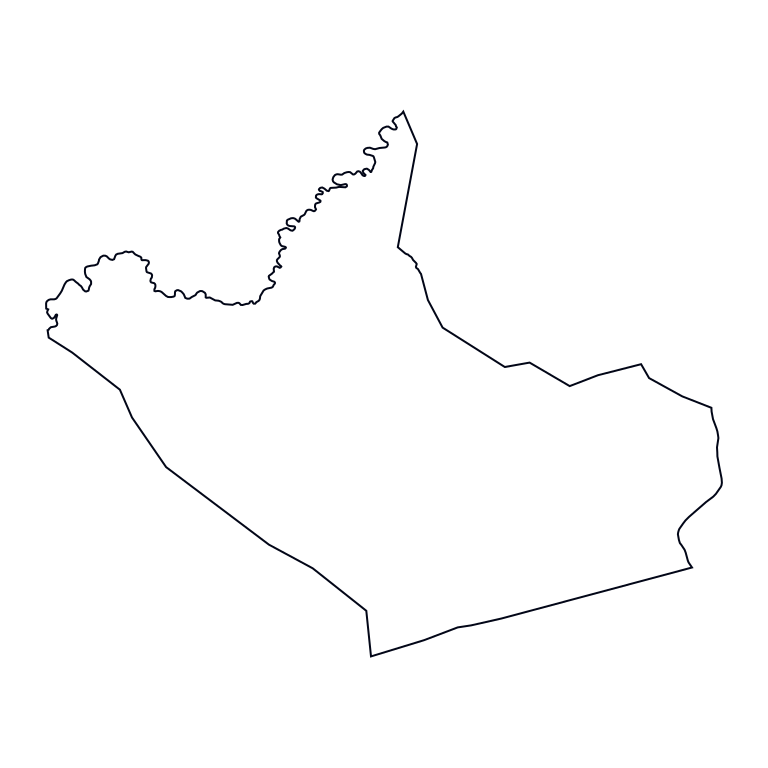 Orxon, Selenge, Mongolia
{"feature_id": "93677404B79520329035093", "entity_name": "Orxon", "entity_type": "district", "adm_level": 2, "iso_a3": "MNG", "parent_name": "Mongolia", "parent_adm1": "Selenge", "projection": "robinson", "projection_center": [105.368, 49.049], "detail": "fine", "context": "isolated", "style": "outline", "palette": "ink", "viewbox_px": 768, "rotation_deg": 0, "n_neighbors": 0, "source": "geoboundaries", "source_scale": "gbopen_adm2", "svg_char_len": 6051}
<svg xmlns="http://www.w3.org/2000/svg" viewBox="0 0 768 768"><path d="M46.2,308.6L48.2,309.4L47.4,311.0L47.1,312.4L47.6,313.6L50.8,318.0L51.7,318.6L52.3,318.7L53.8,318.0L54.8,316.7L55.8,314.8L56.7,314.5L57.0,314.7L57.2,315.1L56.2,318.5L56.1,319.7L56.4,321.0L56.9,322.3L57.3,323.6L57.0,325.0L56.2,325.9L55.0,326.5L50.9,327.2L49.1,328.8L48.6,329.8L47.6,330.2L48.7,337.6L72.1,352.5L119.9,389.7L132.0,417.5L166.1,467.1L269.0,544.7L312.7,568.3L366.3,610.8L371.0,656.4L424.0,640.2L457.7,627.4L471.0,625.4L501.5,618.5L692.0,567.5L688.6,562.5L687.8,560.5L685.7,552.7L684.6,549.8L681.2,544.7L679.9,543.1L678.9,539.9L677.9,534.2L678.2,532.3L678.8,530.2L679.4,528.8L683.2,523.4L685.5,520.4L689.2,516.7L706.1,502.0L713.3,496.6L715.9,493.9L720.8,486.9L721.5,485.3L721.9,482.8L721.6,478.6L719.4,467.5L717.4,456.4L717.3,452.4L717.0,447.4L718.4,438.1L718.1,435.7L717.4,431.5L716.4,428.2L713.0,419.1L711.6,411.6L711.4,407.8L682.3,396.4L649.1,378.1L641.1,364.2L598.0,375.2L569.7,386.1L529.6,362.6L504.8,367.0L442.6,327.6L427.9,300.0L421.0,273.9L420.2,272.9L418.0,269.1L416.3,267.9L415.9,266.9L416.7,264.0L416.0,262.9L413.1,260.0L411.9,257.8L411.0,256.8L409.6,256.0L407.8,254.4L406.7,254.2L405.3,253.5L397.8,247.2L417.1,144.0L403.3,111.6L401.9,113.5L398.3,116.4L397.3,117.0L395.5,117.5L394.4,118.1L392.7,120.8L392.6,121.2L392.9,121.7L395.8,125.2L396.0,126.4L396.8,127.4L396.3,128.9L395.7,129.4L393.9,129.5L392.7,129.2L391.4,128.6L388.5,126.6L386.5,126.6L383.2,127.9L381.6,129.3L379.7,131.8L379.1,132.8L379.2,133.9L380.3,135.4L381.7,138.9L384.3,141.1L385.7,141.9L387.3,142.5L387.9,144.6L387.5,145.7L386.8,146.7L385.8,147.3L384.8,147.5L379.5,148.0L375.1,149.2L373.2,148.9L369.9,147.7L367.4,147.9L365.7,148.5L364.3,149.7L363.9,150.7L364.0,152.0L364.4,153.0L365.5,153.9L367.0,154.6L369.6,154.9L372.7,155.9L373.4,156.3L373.9,157.3L375.3,162.0L375.0,163.3L373.4,166.6L373.1,168.3L371.9,170.1L371.3,171.8L371.0,172.0L370.6,172.0L369.1,170.1L367.2,168.8L366.5,168.7L364.3,169.2L362.8,170.8L362.8,171.4L363.5,173.0L365.5,175.0L365.3,175.5L364.8,176.0L364.1,176.0L362.6,175.3L360.6,172.4L359.7,171.6L358.4,171.2L357.2,171.5L355.3,173.7L353.9,174.5L352.9,174.4L350.2,172.2L348.8,172.0L347.0,172.2L344.4,173.0L342.1,174.6L340.9,174.7L337.7,174.2L336.3,174.4L334.9,175.1L333.4,177.0L332.9,178.4L332.6,179.7L333.0,181.2L333.8,182.3L337.0,184.3L340.8,185.1L345.2,184.1L346.1,184.2L346.7,184.6L347.0,185.8L346.8,186.4L345.4,187.3L339.0,186.9L336.2,187.6L330.8,187.9L330.2,188.2L329.8,188.8L329.0,190.8L328.5,191.1L326.8,190.7L324.5,188.7L322.3,187.5L320.9,187.7L320.1,188.0L319.2,188.9L318.9,189.4L319.1,190.1L319.8,190.9L320.8,191.1L322.7,192.0L322.8,193.1L322.2,194.1L321.7,194.3L318.9,194.1L317.6,194.4L316.6,194.9L316.0,195.8L315.9,197.6L316.6,198.3L320.1,200.4L320.5,200.8L320.5,201.3L320.3,201.9L319.2,202.5L316.2,203.4L315.5,204.0L315.1,204.9L315.0,206.9L315.1,207.6L315.6,208.3L316.0,209.4L315.3,210.4L314.8,210.9L314.0,211.2L313.4,211.1L310.8,209.9L309.4,209.7L308.1,209.8L307.2,210.2L306.3,211.0L304.7,214.3L304.1,214.9L300.8,216.7L299.6,219.1L299.5,221.0L299.3,221.5L299.0,221.6L298.5,221.7L295.2,218.8L293.7,218.2L292.6,218.1L291.0,218.3L287.6,219.8L286.9,220.6L286.7,223.5L287.3,224.7L288.2,225.5L289.7,226.0L294.3,226.4L294.9,226.8L295.1,227.3L295.0,228.1L294.4,229.2L293.0,230.4L292.5,230.7L291.1,230.5L290.2,230.1L288.1,228.6L286.3,228.0L283.7,228.7L282.3,229.6L280.9,229.9L279.3,230.7L278.5,231.5L278.0,232.2L278.0,233.0L279.1,234.8L279.5,236.2L280.3,237.4L279.1,239.2L279.1,241.1L279.4,242.6L280.6,244.9L281.4,245.8L282.3,246.2L285.0,246.8L285.7,247.2L285.9,247.6L285.6,248.2L285.0,248.7L282.4,249.1L281.1,249.9L280.1,251.0L279.2,252.4L279.0,253.4L279.8,255.4L279.9,256.4L279.6,257.1L277.4,259.3L276.9,260.1L276.9,261.1L277.5,262.6L280.1,265.5L281.0,266.1L281.3,266.6L280.5,267.5L279.7,267.8L276.9,266.4L276.2,266.4L275.3,266.5L274.2,267.3L273.7,268.8L274.0,271.7L272.7,272.8L272.3,273.4L269.0,275.8L268.7,276.6L269.2,278.7L269.6,279.5L271.9,281.0L274.2,281.7L274.9,282.4L275.0,283.1L274.7,283.8L273.7,284.9L272.9,286.7L272.2,287.2L271.7,287.6L267.2,288.5L265.2,289.4L263.6,290.5L260.3,296.0L260.1,296.9L260.0,298.2L259.6,299.7L258.6,300.9L256.3,302.2L255.6,303.2L255.1,303.7L253.7,303.7L253.0,302.9L252.3,301.3L251.5,301.2L250.2,301.5L249.8,302.1L249.6,302.8L249.1,303.3L248.0,303.8L246.3,303.9L242.6,305.0L240.8,304.9L239.4,303.2L238.3,302.8L236.9,302.9L232.7,304.8L225.0,304.2L223.9,303.9L222.6,303.2L221.5,302.0L220.4,301.4L218.5,300.7L215.2,300.4L209.8,297.5L206.3,297.8L205.7,297.4L205.7,294.3L204.9,292.8L202.4,291.2L201.0,291.0L199.9,291.1L197.2,292.6L196.3,293.7L195.9,294.6L195.3,295.2L191.6,297.1L189.9,298.4L189.1,298.7L187.3,298.7L185.3,297.9L183.8,294.3L182.2,292.4L181.0,291.3L178.1,290.1L177.0,290.2L175.4,291.1L175.0,292.0L174.9,294.9L174.6,296.0L173.7,296.6L171.0,297.1L168.0,297.0L166.0,295.9L161.5,291.9L159.9,291.2L158.0,290.9L155.3,291.3L154.4,290.9L154.4,289.2L155.1,287.9L155.4,286.6L155.4,285.0L155.0,284.0L154.2,283.2L151.2,282.4L150.7,281.8L150.4,280.9L150.9,278.6L151.8,277.6L152.1,275.2L151.8,274.4L151.0,273.5L147.3,272.3L146.8,272.0L146.5,271.3L146.0,267.9L146.2,267.0L148.7,263.7L148.9,262.3L148.6,261.4L147.9,260.7L146.4,260.3L145.4,260.1L142.1,260.2L141.7,260.0L141.4,259.3L141.3,257.7L140.7,257.0L139.7,256.4L138.7,256.1L135.4,254.5L134.5,253.7L132.7,251.8L131.6,251.6L128.7,252.3L126.1,251.5L124.7,251.8L122.5,253.1L117.7,253.8L116.1,254.6L115.4,255.7L114.1,259.2L112.4,259.9L110.2,259.4L109.0,258.6L106.7,256.3L105.2,255.7L103.2,255.7L100.6,257.1L99.8,258.3L99.0,259.7L98.9,260.8L97.9,263.5L97.3,264.3L94.7,265.3L91.1,265.7L87.3,266.5L86.1,267.1L85.3,267.8L85.0,269.1L84.9,271.7L85.2,273.9L86.4,277.0L89.5,279.2L90.7,280.6L91.1,281.7L91.1,284.0L89.5,286.6L89.0,288.2L88.8,289.6L88.4,290.7L86.2,291.5L85.1,291.3L83.1,289.6L82.0,287.5L81.0,286.1L79.3,284.9L78.1,283.6L75.7,281.8L74.0,280.2L72.8,279.5L71.3,279.5L69.0,280.2L66.9,281.2L65.9,282.3L64.5,284.5L61.8,290.8L60.2,293.4L56.6,298.3L55.7,298.9L54.3,299.3L50.6,299.3L48.7,299.9L47.2,301.0L46.4,302.1L46.1,303.5L46.2,308.6Z" fill="none" stroke="#020617" stroke-width="2"/></svg>